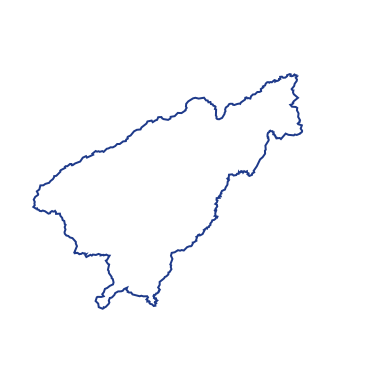 Ngororero, Western, Rwanda (Equal Earth projection), rotated 242°
{"feature_id": "39286606B38913138871456", "entity_name": "Ngororero", "entity_type": "district", "adm_level": 2, "iso_a3": "RWA", "parent_name": "Rwanda", "parent_adm1": "Western", "projection": "equal_earth", "projection_center": [29.551, -1.904], "detail": "fine", "context": "isolated", "style": "outline", "palette": "blue", "viewbox_px": 384, "rotation_deg": 242, "n_neighbors": 0, "source": "geoboundaries", "source_scale": "gbopen_adm2", "svg_char_len": 6022}
<svg xmlns="http://www.w3.org/2000/svg" viewBox="0 0 384 384"><g transform="rotate(242 192 192)"><path d="M265.4,55.3L262.3,55.2L261.7,54.6L261.3,51.3L259.6,48.7L257.0,48.5L256.1,47.6L254.1,46.9L253.3,44.9L250.6,46.4L250.3,47.5L249.2,47.2L248.2,48.4L246.9,48.6L245.8,49.9L245.7,51.5L244.0,53.2L240.3,55.1L239.9,56.6L240.7,57.6L240.9,59.5L239.9,60.2L239.4,61.4L239.6,62.2L238.1,62.4L236.5,61.7L234.9,65.2L232.9,64.6L230.1,65.2L227.9,64.6L226.4,65.6L223.4,64.6L222.4,65.0L220.8,63.1L218.3,62.7L216.4,60.6L214.9,60.1L212.6,60.6L211.3,62.1L209.2,62.9L207.4,64.8L202.5,66.0L201.0,65.2L198.2,65.0L193.9,59.8L193.5,60.4L192.9,60.0L192.0,62.4L190.0,63.3L190.0,63.9L189.4,64.8L189.5,66.8L188.4,67.7L188.2,68.5L186.8,68.4L186.7,69.2L186.1,68.1L184.2,68.2L184.2,72.9L182.9,73.7L183.3,75.1L181.5,77.6L181.2,80.4L179.5,82.0L178.9,81.6L178.3,83.9L177.7,84.1L177.8,84.7L177.2,85.2L176.9,87.0L175.3,88.0L174.5,89.3L171.9,85.1L171.8,83.7L168.2,84.0L166.9,84.8L162.7,81.2L161.3,81.4L159.4,80.6L154.9,81.2L153.6,80.6L152.3,81.2L149.0,80.3L147.5,78.9L147.7,75.4L147.1,72.1L147.3,69.6L145.0,67.2L143.9,64.8L141.4,65.1L141.9,62.7L143.7,59.5L143.7,58.5L141.0,55.7L137.5,56.8L134.1,55.6L130.9,58.3L130.9,59.3L131.6,59.9L131.1,60.3L131.1,62.1L132.4,66.0L133.3,67.2L135.1,67.5L137.0,69.7L136.5,71.3L136.7,72.5L137.6,75.2L138.8,76.7L138.9,80.1L137.6,82.7L137.3,84.5L138.2,86.4L138.0,89.8L136.6,88.2L134.5,88.8L134.0,88.3L132.9,89.1L131.8,91.1L129.5,91.4L124.5,96.9L124.2,98.5L122.6,100.2L121.0,103.5L119.6,103.7L118.5,101.4L117.8,102.0L116.3,101.1L115.8,102.8L115.0,103.1L114.2,102.3L112.8,102.6L111.6,104.0L109.3,104.7L108.8,106.3L110.3,106.9L110.6,108.1L112.0,107.4L112.4,107.8L112.2,109.4L112.8,109.5L112.8,110.2L113.4,109.8L115.0,110.3L115.4,109.8L115.2,109.1L116.3,108.6L117.2,109.4L118.2,109.1L119.0,110.2L118.4,111.4L119.2,112.7L118.9,113.6L119.4,114.9L119.1,115.2L119.9,116.4L120.5,116.5L120.8,117.7L123.6,117.3L125.2,119.9L127.8,121.2L128.9,126.9L129.7,128.0L129.6,129.8L130.3,132.4L132.0,133.4L131.8,134.5L133.5,137.6L135.7,138.0L137.1,139.2L138.1,138.8L142.1,143.3L145.6,143.5L147.8,145.5L146.9,148.4L147.2,152.3L145.8,153.9L145.6,155.6L144.2,157.3L145.6,161.8L145.3,164.2L144.6,165.5L144.8,166.7L146.2,168.6L147.0,168.9L146.7,169.8L146.9,173.0L147.6,173.0L149.5,175.0L150.3,174.8L150.4,176.1L151.2,177.3L151.0,178.3L150.3,178.0L149.9,178.9L149.9,181.6L152.3,185.1L152.9,184.8L153.3,187.4L152.7,188.1L153.6,188.6L153.1,190.4L153.8,190.9L154.3,192.9L155.5,193.3L156.4,195.5L157.5,196.6L157.0,198.3L157.3,200.2L158.5,201.6L157.7,202.2L158.3,202.9L160.2,200.9L160.5,201.8L162.4,202.6L164.1,204.4L164.5,203.5L165.1,203.5L165.4,204.9L166.1,204.9L167.4,207.5L169.0,208.0L170.5,207.0L171.2,209.1L172.5,210.5L173.5,209.9L175.0,210.9L173.9,213.6L175.4,213.6L175.6,214.2L174.9,215.3L176.0,215.4L176.7,216.2L176.8,217.2L177.6,217.2L178.9,219.0L178.7,222.3L180.2,223.8L181.8,226.7L184.3,228.3L185.2,230.2L186.1,229.6L186.5,230.4L187.3,229.9L187.4,231.1L189.9,232.8L188.7,235.8L187.0,236.5L186.2,239.0L186.9,240.3L186.2,241.7L187.3,242.5L186.7,242.5L187.0,243.6L186.7,243.9L187.2,244.6L186.5,245.2L187.0,245.6L186.2,246.4L185.2,246.3L185.9,247.8L184.6,248.6L184.5,250.2L183.4,249.7L182.0,250.6L181.5,249.6L181.0,250.2L180.1,249.7L179.2,250.3L179.0,253.1L180.1,253.8L180.2,256.2L181.7,256.3L184.3,261.3L188.8,267.4L189.6,270.8L191.5,274.5L194.2,275.8L194.8,277.0L198.5,278.6L201.5,283.8L202.6,284.5L204.2,284.3L204.6,285.1L205.8,284.8L207.6,285.9L208.6,287.0L208.6,288.2L209.3,288.9L209.4,289.9L208.5,290.3L207.9,291.6L206.8,291.5L206.4,292.1L204.9,290.9L204.5,291.6L203.3,291.5L202.9,292.0L201.7,291.6L200.1,292.4L200.1,291.7L199.7,291.7L198.5,294.8L197.0,295.4L199.6,302.1L197.2,304.0L194.2,308.5L194.5,309.7L193.2,311.3L192.8,314.8L193.3,315.5L193.1,316.4L193.6,317.5L194.5,318.0L196.9,317.7L199.3,320.3L202.0,317.6L202.8,317.5L203.4,320.1L204.1,320.1L204.7,321.1L208.5,321.0L211.4,323.0L214.9,323.0L216.8,324.4L218.4,323.5L220.4,320.3L222.8,319.8L222.4,321.8L223.0,323.2L223.6,323.0L224.4,324.5L225.4,329.8L230.5,327.8L232.4,327.9L234.0,329.1L234.2,328.6L236.1,328.3L237.6,331.9L239.4,333.5L240.9,336.6L242.1,337.5L244.1,337.2L244.8,339.1L245.2,338.6L246.0,339.0L246.8,337.2L247.9,338.4L247.1,335.5L247.5,334.2L248.2,333.4L249.5,334.4L250.2,333.7L250.5,330.8L249.6,330.3L249.2,328.1L250.1,326.1L251.6,325.6L252.3,323.9L250.4,323.1L250.9,321.9L250.0,321.5L249.9,319.9L250.4,318.7L250.4,317.4L251.4,318.0L252.1,317.3L251.4,314.0L252.4,312.6L252.2,311.6L253.3,310.8L253.6,309.7L253.1,308.0L251.8,306.6L251.9,304.2L250.9,304.1L250.6,301.1L248.6,300.4L248.6,298.7L249.6,296.6L248.7,293.5L249.5,291.6L248.8,289.1L247.1,287.4L248.5,285.8L248.8,284.7L249.9,284.6L250.2,283.3L248.7,282.2L248.1,277.3L247.2,275.9L247.8,275.5L248.5,273.2L248.9,270.3L249.7,269.2L250.8,269.2L252.0,267.1L252.1,265.8L251.1,264.3L250.7,261.5L249.2,259.9L247.6,259.5L246.8,258.2L245.7,257.4L243.3,253.4L243.5,250.1L244.5,248.6L245.5,248.2L247.1,249.1L248.3,249.0L253.5,252.0L254.5,251.2L256.2,252.8L257.3,252.4L258.1,251.4L259.6,251.4L260.8,250.0L262.8,250.5L263.5,248.6L265.4,248.8L266.3,247.4L269.6,246.9L271.3,241.8L273.6,239.2L274.2,236.9L273.8,231.3L272.6,228.3L270.2,226.7L268.8,226.8L267.6,224.7L267.1,224.6L266.6,219.8L268.5,216.6L267.1,212.3L268.4,208.4L267.0,207.4L266.9,204.8L269.7,201.1L270.9,200.3L272.5,200.2L273.9,197.3L272.1,195.1L272.4,193.3L272.1,190.1L274.0,189.9L275.2,185.8L273.8,183.9L272.7,177.7L271.4,175.9L272.8,172.5L272.8,169.3L270.7,164.3L270.9,161.4L270.6,160.7L269.3,160.4L269.2,158.5L268.0,157.5L269.0,154.9L268.3,150.8L269.5,148.5L268.6,145.8L268.6,143.0L269.7,141.1L269.7,138.7L270.2,137.0L268.9,132.8L270.2,132.0L270.8,129.4L271.8,128.7L272.2,127.1L273.4,126.2L272.6,122.0L271.3,122.2L271.7,115.4L273.4,115.3L273.6,111.7L271.4,107.6L272.1,102.3L271.7,99.2L272.1,98.4L273.3,98.7L274.0,97.5L273.3,94.1L274.1,92.5L273.8,91.4L272.8,91.3L272.9,86.5L272.7,85.7L271.7,85.3L270.0,79.8L270.7,77.7L269.8,77.2L268.7,75.3L268.1,72.1L267.2,70.2L268.0,66.3L267.7,63.9L269.0,61.2L265.9,58.4L265.4,55.3Z" fill="none" stroke="#1e3a8a" stroke-width="2"/></g></svg>